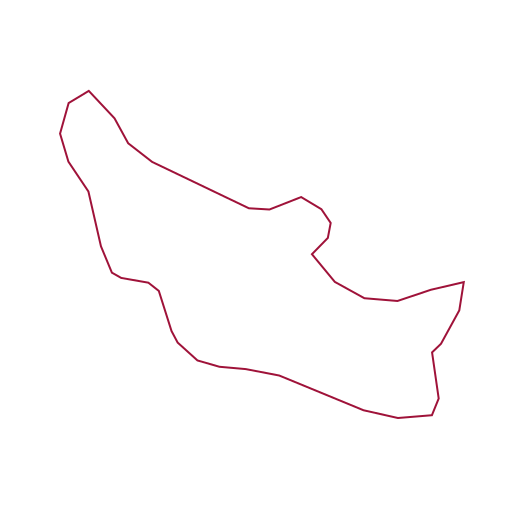 the state/province of Saipan, rotated 277°
{"feature_id": "MNP-4939", "entity_name": "Saipan", "entity_type": "state/province", "adm_level": 1, "iso_a3": "MNP", "parent_name": "Northern Mariana Islands", "parent_adm1": "", "projection": "natural_earth1", "projection_center": [145.747, 15.184], "detail": "fine", "context": "isolated", "style": "outline", "palette": "rose", "viewbox_px": 512, "rotation_deg": 277, "n_neighbors": 0, "source": "natural_earth", "source_scale": "10m", "svg_char_len": 627}
<svg xmlns="http://www.w3.org/2000/svg" viewBox="0 0 512 512"><g transform="rotate(277 256 256)"><path d="M326.8,58.3L353.6,46.6L385.0,51.4L399.5,69.9L375.4,98.8L352.3,115.4L336.7,141.5L302.5,243.1L303.8,263.7L320.0,293.6L310.4,315.2L297.9,326.1L282.7,325.1L264.6,311.3L239.9,337.4L227.3,368.7L228.6,401.9L243.8,433.7L255.4,465.4L226.8,464.4L191.4,450.3L181.8,442.5L136.8,454.7L119.4,450.0L112.5,416.6L116.0,381.5L140.2,293.6L142.5,259.6L141.6,233.2L145.2,210.6L160.5,188.8L171.2,181.3L209.5,163.8L216.4,152.4L217.8,124.9L221.9,115.0L246.8,100.9L299.6,81.8L326.8,58.3Z" fill="none" stroke="#9f1239" stroke-width="2"/></g></svg>